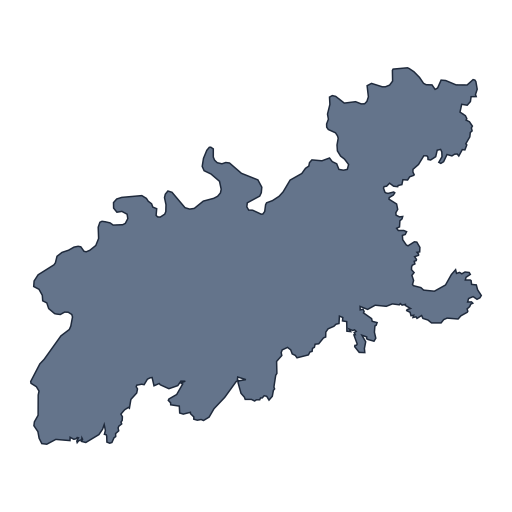 outline of Cañadas de Obregón, Jalisco, Mexico
{"feature_id": "50627088B32610413083762", "entity_name": "Cañadas de Obregón", "entity_type": "district", "adm_level": 2, "iso_a3": "MEX", "parent_name": "Mexico", "parent_adm1": "Jalisco", "projection": "albers", "projection_center": [-102.677, 21.168], "detail": "fine", "context": "isolated", "style": "filled", "palette": "slate", "viewbox_px": 512, "rotation_deg": 0, "n_neighbors": 0, "source": "geoboundaries", "source_scale": "gbopen_adm2", "svg_char_len": 6036}
<svg xmlns="http://www.w3.org/2000/svg" viewBox="0 0 512 512"><path d="M393.1,69.1L392.4,70.4L392.6,81.1L389.6,85.1L385.4,86.8L382.3,86.8L371.5,83.4L367.1,85.7L368.4,96.9L366.9,101.4L364.6,103.8L361.2,103.9L355.6,101.7L344.3,103.1L335.7,96.4L332.3,95.6L329.5,97.1L329.9,104.4L327.5,114.1L328.4,119.2L326.6,124.0L326.7,127.2L328.3,129.5L335.5,132.8L337.5,135.9L338.2,138.2L337.0,145.0L337.4,150.9L340.6,156.1L344.5,159.1L348.6,164.5L347.3,169.4L343.5,170.2L338.9,169.4L336.7,163.8L332.2,161.6L329.5,158.0L321.9,160.8L311.9,159.9L309.5,162.6L308.8,166.1L305.5,168.3L301.8,173.5L290.1,180.1L283.1,191.9L279.1,196.3L272.5,200.6L266.6,202.8L265.6,204.7L264.7,211.5L262.9,214.0L261.2,214.2L252.6,210.2L248.7,210.1L246.8,206.8L247.3,202.8L259.7,196.1L261.3,192.7L261.8,187.2L257.9,179.9L241.4,173.3L229.5,163.0L225.8,162.5L221.9,163.8L217.2,162.7L214.6,160.2L213.3,157.1L213.3,148.9L210.8,147.2L209.3,147.3L206.8,150.3L203.5,158.3L202.2,166.4L204.1,170.7L211.0,174.0L219.5,181.3L221.2,189.3L220.4,193.0L217.6,196.3L213.8,198.3L203.3,201.1L194.3,208.4L189.7,209.1L185.0,207.7L172.0,192.3L167.9,191.0L165.3,194.2L164.5,197.6L166.0,204.8L165.8,211.6L164.7,214.2L160.2,217.1L157.6,216.9L156.1,215.4L156.7,208.7L152.8,207.1L151.6,203.8L148.2,201.2L146.4,198.4L141.8,195.6L121.7,197.4L116.7,199.0L113.5,202.6L113.6,208.1L116.9,212.2L121.9,211.4L127.1,214.2L127.8,218.6L125.3,223.4L122.7,224.7L113.2,225.1L110.1,222.9L105.4,221.8L102.0,221.3L99.9,222.3L98.2,227.2L98.6,238.5L95.8,245.5L89.8,250.3L86.2,251.8L84.0,251.3L80.8,246.8L78.1,246.3L74.0,247.1L68.6,250.2L62.0,252.4L57.0,256.3L55.4,262.8L54.0,264.8L38.1,274.8L34.1,281.0L33.7,286.5L39.0,289.3L42.3,295.3L42.7,300.8L46.8,302.9L48.7,308.6L54.6,313.6L56.4,314.0L60.3,314.5L64.6,312.1L68.2,312.2L71.8,314.5L72.5,317.0L70.8,326.1L69.3,329.5L60.9,335.9L44.1,359.4L39.9,363.8L30.7,381.5L31.0,383.3L36.4,386.7L39.0,391.1L38.2,395.0L38.1,415.3L34.4,421.8L33.9,425.7L37.9,431.6L39.1,438.2L41.8,443.6L46.8,444.2L55.8,439.4L70.0,440.6L70.1,437.3L73.8,439.3L76.2,438.7L77.2,437.5L78.5,437.8L76.8,441.1L77.2,442.6L78.6,440.8L81.7,439.7L81.9,437.9L82.6,439.3L81.5,441.4L85.8,442.5L98.9,434.6L102.6,429.2L104.2,424.6L105.4,430.4L104.4,434.3L106.2,434.7L106.7,436.1L106.9,442.1L109.7,443.2L111.9,442.5L114.0,437.8L115.7,436.6L115.6,433.6L118.7,430.8L118.1,427.9L118.8,426.2L121.7,423.9L121.0,422.1L122.2,420.4L122.4,416.7L120.9,414.1L124.6,409.8L128.4,407.4L129.4,408.2L130.9,399.4L136.7,393.0L137.5,388.9L136.2,386.8L136.7,385.2L141.7,384.2L144.1,384.7L147.4,379.2L149.9,377.9L152.1,377.5L154.0,385.8L159.2,383.5L160.3,384.8L168.9,388.7L177.8,385.6L180.9,381.1L185.3,381.2L180.8,383.0L182.7,384.0L176.7,394.5L168.9,399.0L168.3,400.4L170.6,402.8L170.7,404.8L179.3,406.1L179.7,413.0L183.3,414.1L190.4,412.3L190.5,413.7L193.8,416.9L193.8,419.2L197.3,420.2L201.1,419.5L203.5,420.5L209.1,417.1L214.0,408.7L224.7,397.4L236.2,381.5L238.4,380.5L237.4,379.7L237.7,377.0L245.9,379.6L238.7,380.9L238.0,382.5L241.0,393.3L244.4,397.2L245.2,399.4L251.4,399.4L254.6,401.0L256.4,399.8L259.7,399.8L260.5,398.0L262.3,397.9L264.2,395.7L266.7,396.3L269.0,400.1L272.3,396.3L273.4,390.3L274.6,388.9L273.9,387.1L275.7,375.3L276.9,373.4L276.6,361.4L281.8,355.5L281.2,352.6L282.2,349.9L287.5,347.4L290.7,349.8L292.2,353.9L295.3,355.4L297.0,357.8L308.4,354.9L309.9,352.0L312.1,351.4L312.5,348.4L314.4,347.3L315.1,344.2L318.7,343.8L323.5,337.9L325.7,337.0L325.8,332.1L328.1,328.8L333.9,326.3L336.0,324.2L339.0,323.5L339.4,316.1L342.8,317.5L342.5,320.9L346.7,321.6L346.9,331.2L350.7,331.6L349.2,329.1L352.8,330.5L354.5,329.8L356.2,331.4L354.2,332.6L355.3,334.7L353.9,334.9L357.2,344.0L356.5,345.2L354.9,345.4L354.7,346.7L359.2,352.4L364.8,352.6L364.4,348.5L365.7,341.8L361.9,335.2L366.7,336.9L366.6,338.7L368.0,339.5L374.0,341.2L375.8,338.2L374.4,332.2L374.9,326.0L376.2,325.2L377.1,322.6L372.2,321.3L371.6,318.6L363.5,312.9L364.1,311.4L363.0,309.3L360.2,309.9L360.1,306.4L367.6,309.4L375.2,305.2L386.3,306.3L392.4,303.9L399.3,304.8L400.3,303.6L402.1,305.1L405.4,304.4L405.3,305.4L410.5,308.5L407.1,309.6L406.7,310.6L410.1,312.3L411.0,315.7L413.7,315.2L413.0,317.5L416.0,316.8L417.0,318.4L421.6,315.5L422.9,318.4L427.9,320.0L431.5,322.9L441.1,322.9L443.7,319.6L447.1,318.1L458.1,319.0L460.9,315.8L467.2,312.3L467.8,311.3L467.1,308.9L469.7,306.6L470.7,304.2L472.8,303.2L471.5,301.9L467.6,302.0L468.6,298.5L473.1,296.6L477.0,299.3L479.9,297.8L481.3,295.5L477.6,289.8L476.3,284.9L471.6,284.4L471.1,280.6L470.2,280.0L465.3,280.0L466.0,277.3L470.3,274.4L469.2,272.5L465.0,272.0L461.8,273.8L459.5,272.4L456.5,273.4L455.6,269.7L451.4,274.5L445.5,285.0L434.4,291.2L423.6,290.1L420.9,287.6L413.5,285.7L412.5,284.5L413.6,280.5L411.9,275.3L414.1,272.6L411.5,269.7L411.6,266.8L412.3,265.2L414.9,263.9L414.2,261.3L416.2,260.6L416.5,259.4L414.6,256.7L418.5,255.3L418.6,254.1L417.0,252.3L419.7,251.9L419.9,247.4L416.8,242.1L414.4,241.8L408.0,245.8L406.3,245.0L402.7,239.7L402.4,235.4L405.2,234.5L406.6,231.7L403.8,230.5L398.3,230.5L396.6,228.3L399.5,226.9L399.9,220.8L402.0,218.9L402.7,216.5L399.5,216.9L396.1,215.2L395.8,212.8L397.7,209.4L396.6,204.0L389.0,199.2L389.2,197.6L393.3,195.1L394.8,192.8L393.7,192.0L388.1,193.4L386.1,193.0L384.9,192.2L383.5,188.1L384.1,186.6L386.6,186.2L389.6,183.2L393.6,186.2L397.7,186.7L398.1,185.5L401.9,184.6L402.9,179.7L407.6,180.0L409.7,176.8L413.6,175.4L414.2,174.8L412.9,172.0L413.0,169.3L418.5,164.5L423.8,155.8L426.8,155.8L427.9,157.1L428.0,159.5L430.6,160.0L435.7,156.7L437.2,150.2L440.6,149.4L441.8,151.9L442.0,156.7L438.8,162.3L440.8,163.4L443.6,161.7L447.0,154.5L451.9,155.9L454.6,154.2L457.2,154.0L458.8,156.0L462.3,149.6L464.9,149.9L466.8,144.9L465.8,143.8L469.8,136.9L470.3,132.5L472.1,130.9L471.4,127.9L472.4,126.1L469.4,121.7L466.1,120.1L466.8,118.6L465.4,115.7L460.0,112.1L461.7,104.3L467.2,105.2L470.4,101.6L471.1,96.7L476.2,96.6L475.5,94.5L477.2,89.2L475.9,81.7L474.9,80.1L473.1,79.6L467.1,85.0L456.1,84.9L445.6,80.5L441.1,80.1L437.6,88.0L435.1,89.4L432.0,84.9L426.1,84.7L423.5,83.3L419.5,77.4L413.9,71.7L409.1,68.5L407.5,67.8L393.1,69.1Z" fill="#64748b" stroke="#1e293b" stroke-width="1.5"/></svg>